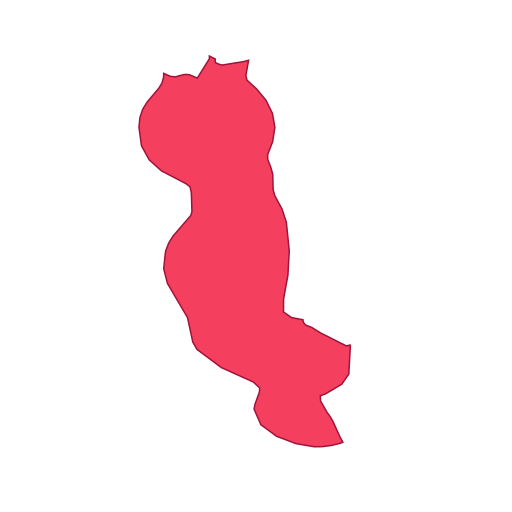 the border of Central River, rotated 237°
{"feature_id": "GMB-2151", "entity_name": "Central River", "entity_type": "Division", "adm_level": 1, "iso_a3": "GMB", "parent_name": "Gambia", "parent_adm1": "", "projection": "albers", "projection_center": [-14.922, 13.572], "detail": "fine", "context": "isolated", "style": "filled", "palette": "rose", "viewbox_px": 512, "rotation_deg": 237, "n_neighbors": 0, "source": "natural_earth", "source_scale": "10m", "svg_char_len": 1311}
<svg xmlns="http://www.w3.org/2000/svg" viewBox="0 0 512 512"><g transform="rotate(237 256 256)"><path d="M209.8,155.6L218.2,156.1L241.6,165.0L281.2,166.8L295.5,171.6L303.0,177.6L309.4,182.9L314.4,189.8L317.9,197.2L325.5,223.4L328.2,226.5L344.4,236.3L349.9,238.3L354.7,236.7L378.8,223.1L394.7,218.8L410.9,220.0L427.8,228.0L435.4,234.1L440.7,240.8L444.4,248.5L449.7,266.0L452.3,271.4L456.2,275.8L459.4,278.1L453.4,282.0L451.9,283.7L450.0,286.2L449.2,289.2L447.3,294.6L445.7,297.2L444.1,299.0L437.2,303.7L446.8,324.3L449.1,325.8L443.5,329.1L441.9,328.1L440.1,327.4L437.3,329.2L434.6,331.6L425.9,351.2L424.2,356.4L412.9,345.8L408.4,344.2L395.7,347.5L381.1,349.2L366.8,347.5L353.6,341.9L342.7,332.1L334.7,321.0L330.5,318.4L322.5,316.8L315.3,314.5L302.1,306.4L296.2,304.6L281.2,303.4L267.9,299.9L242.2,286.7L222.5,272.3L204.9,255.7L194.1,248.6L185.1,252.2L176.9,260.7L176.7,260.6L175.9,260.0L173.6,259.6L170.6,260.3L165.8,263.8L156.0,268.4L131.2,282.9L130.2,286.4L129.5,286.4L106.4,269.5L101.8,258.1L102.5,239.4L103.7,233.8L99.2,231.2L85.6,230.4L82.6,230.7L75.7,230.5L58.0,227.8L52.6,227.5L53.0,224.8L56.1,215.9L60.2,207.4L64.6,200.6L76.9,187.3L93.5,175.1L111.7,168.2L128.7,171.0L132.3,174.5L139.9,184.6L143.2,187.2L151.6,185.2L181.2,166.2L209.8,155.6Z" fill="#f43f5e" stroke="#9f1239" stroke-width="1.5"/></g></svg>